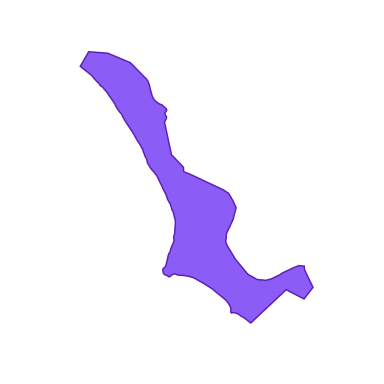 Choc, Castries, Saint Lucia (Natural Earth projection), rotated 287°
{"feature_id": "8701671B12567928056648", "entity_name": "Choc", "entity_type": "district", "adm_level": 2, "iso_a3": "LCA", "parent_name": "Saint Lucia", "parent_adm1": "Castries", "projection": "natural_earth1", "projection_center": [-60.976, 14.031], "detail": "fine", "context": "isolated", "style": "filled", "palette": "violet", "viewbox_px": 384, "rotation_deg": 287, "n_neighbors": 0, "source": "geoboundaries", "source_scale": "gbopen_adm2", "svg_char_len": 5988}
<svg xmlns="http://www.w3.org/2000/svg" viewBox="0 0 384 384"><g transform="rotate(287 192 192)"><path d="M279.5,48.4L279.4,48.6L279.2,49.2L279.0,49.5L278.8,50.1L278.6,50.5L278.5,50.8L278.3,51.3L278.0,52.2L277.9,52.5L277.6,53.5L277.4,53.8L277.2,54.2L276.9,55.0L276.5,56.0L276.4,56.3L276.3,56.7L276.0,57.4L275.8,57.7L275.7,58.1L275.5,58.4L275.3,59.0L274.9,59.9L274.8,60.3L274.6,60.8L274.3,61.2L273.9,62.0L273.8,62.3L273.6,62.7L273.1,63.4L272.8,63.9L272.0,65.1L271.6,65.8L271.4,66.1L271.0,66.8L270.5,67.6L270.1,68.3L269.9,68.6L269.7,69.1L269.5,69.5L268.9,70.6L268.6,71.2L268.4,71.5L267.9,72.5L267.1,72.8L266.1,75.9L265.9,76.3L265.7,76.6L265.3,77.1L264.9,77.6L264.7,77.9L264.6,78.2L264.2,78.8L263.9,79.4L263.6,79.9L263.3,80.2L263.1,80.6L262.8,81.0L262.0,82.1L261.8,82.4L261.5,82.7L261.2,83.0L260.2,84.1L259.8,84.7L259.5,85.0L259.3,85.3L259.1,85.7L258.7,86.2L258.2,86.8L257.8,87.3L257.6,87.6L257.2,88.1L256.6,88.8L256.4,89.1L256.2,89.4L256.0,89.7L255.6,90.1L254.9,90.9L254.4,91.5L254.2,91.9L253.5,92.6L253.1,92.9L252.4,93.5L252.1,93.8L251.5,94.4L251.2,94.7L251.0,94.9L250.7,95.1L250.5,95.4L250.3,95.7L250.1,96.1L249.7,96.7L249.2,97.1L248.9,97.4L247.8,98.7L247.2,99.7L246.3,101.2L246.0,101.7L245.7,102.0L245.2,102.5L244.2,103.4L243.9,103.6L243.6,103.9L243.4,104.1L242.5,105.0L242.3,105.3L241.2,106.4L240.9,106.7L240.6,107.0L240.3,107.4L238.4,109.7L238.1,110.0L237.7,110.5L237.3,111.0L236.9,111.5L236.5,112.0L236.2,112.4L234.9,113.9L234.7,114.2L234.3,114.6L233.4,115.8L232.5,116.9L231.8,117.7L231.4,118.1L231.1,118.3L230.8,118.7L230.5,119.0L230.3,119.3L230.1,119.6L229.6,120.3L229.0,120.7L224.9,125.0L222.2,128.4L219.7,130.9L217.9,132.7L216.1,133.7L214.6,135.2L213.5,135.8L213.3,136.0L212.5,136.6L211.9,137.2L211.6,137.6L211.2,138.0L210.7,138.4L210.4,138.7L210.2,138.9L209.1,139.6L208.7,139.9L208.1,140.2L207.4,140.5L207.1,140.7L206.3,141.4L205.4,142.4L205.1,142.7L204.6,143.3L203.9,144.1L203.5,144.5L202.8,145.3L202.4,145.9L202.2,146.2L201.8,146.6L201.6,147.0L201.3,147.4L200.9,148.0L200.6,148.7L200.2,149.3L200.0,149.6L199.9,149.9L198.8,151.4L198.6,151.8L198.4,152.1L198.0,152.6L196.7,154.1L195.8,155.1L195.5,155.3L195.2,155.6L194.8,156.0L194.4,156.3L194.2,156.5L193.8,156.9L193.1,157.5L192.4,158.1L191.1,159.3L190.6,159.8L190.2,160.2L189.8,160.6L189.3,161.1L188.6,161.7L188.1,162.2L187.9,162.3L187.1,162.8L185.7,164.2L185.2,164.7L185.0,164.9L184.3,165.5L183.6,166.1L183.4,166.4L183.1,166.8L182.9,167.0L182.1,167.7L181.6,168.2L181.2,168.5L180.4,168.9L180.1,169.2L179.8,169.5L179.4,169.8L178.8,170.1L178.5,170.3L177.8,170.8L177.6,171.0L177.1,171.5L176.4,172.3L175.8,172.9L175.5,173.1L174.7,174.1L174.2,174.6L173.8,175.0L173.5,175.2L172.5,175.8L172.0,176.3L171.3,176.7L170.9,177.0L169.8,177.5L169.5,177.7L169.2,178.0L168.9,178.3L168.6,178.6L168.3,179.0L168.1,179.2L167.6,179.7L167.1,180.0L166.8,180.2L166.5,180.4L166.0,180.7L165.4,181.1L165.0,181.3L164.7,181.5L164.1,181.8L163.1,182.3L162.7,182.6L161.9,183.1L161.6,183.3L160.8,183.9L159.7,184.4L159.4,184.5L158.2,184.9L157.7,185.1L156.9,185.3L156.6,185.4L155.6,185.6L155.4,185.7L153.6,186.0L153.0,186.2L152.5,186.2L152.2,186.3L149.8,186.9L148.4,187.2L147.2,187.5L145.8,187.7L144.9,187.6L144.3,187.5L143.4,187.6L142.8,187.9L142.4,188.0L141.9,188.4L141.6,188.6L141.3,188.8L140.3,188.9L139.3,189.1L139.1,189.1L137.7,189.0L137.0,189.0L136.5,188.9L136.0,188.8L135.3,188.7L134.3,188.6L134.0,188.5L133.3,188.5L132.2,188.4L131.1,188.4L130.7,188.4L130.2,188.5L129.6,188.5L129.2,188.5L128.4,188.5L127.3,188.2L126.7,187.9L126.1,187.9L124.7,187.8L124.1,187.8L123.5,187.9L122.6,188.0L121.3,188.1L120.8,188.1L120.2,188.2L119.6,188.2L119.1,188.2L118.4,188.3L117.9,188.3L117.0,188.3L116.6,188.4L114.5,188.4L113.2,188.4L112.2,188.1L111.6,187.6L111.0,187.1L110.1,186.8L109.7,186.7L109.4,186.8L108.8,187.0L108.1,187.2L107.5,187.5L106.7,187.9L106.5,188.1L105.7,188.7L105.0,190.0L104.9,191.2L104.8,192.4L104.7,193.3L104.4,194.0L104.1,194.6L104.3,195.2L104.7,195.6L104.9,195.8L105.8,196.4L106.3,196.7L106.6,196.9L107.1,197.1L107.8,198.0L108.3,198.6L108.6,199.4L108.7,201.0L108.6,201.5L108.5,201.8L108.4,202.4L108.4,202.9L108.6,203.5L108.7,204.0L108.8,204.6L108.9,204.9L109.1,205.4L109.2,205.9L109.3,206.5L109.4,207.0L109.5,207.6L109.8,209.0L109.8,209.4L110.0,210.1L110.1,211.1L110.2,211.9L110.3,213.0L110.4,214.3L110.5,215.4L110.5,217.5L110.4,218.0L110.3,219.0L110.2,219.9L110.1,220.5L110.0,221.0L109.8,221.5L109.7,222.2L109.5,222.9L109.4,223.3L109.3,224.0L109.1,224.8L108.8,226.3L108.5,227.9L108.2,228.7L108.0,229.5L107.8,230.4L107.6,231.4L107.3,232.7L107.1,233.2L107.0,234.0L106.8,234.3L106.6,235.1L106.3,235.9L105.9,237.1L105.7,238.3L105.3,239.6L105.0,240.5L104.6,241.4L104.3,242.1L103.8,243.1L103.5,243.7L103.3,244.3L102.8,245.4L102.6,246.1L102.1,247.3L101.9,247.8L101.5,248.8L101.2,249.4L100.9,250.2L100.7,250.9L100.5,251.5L100.2,252.0L99.8,253.0L99.1,254.5L98.7,255.3L98.2,256.3L97.8,257.0L97.4,257.6L96.4,259.0L96.1,259.4L95.8,259.8L95.6,260.1L94.8,260.9L94.2,261.5L93.6,262.1L92.9,262.7L92.5,262.9L91.7,263.2L91.2,263.5L90.7,263.6L89.9,263.9L89.3,264.0L88.7,264.2L88.1,264.6L87.8,265.1L88.1,265.5L88.4,266.0L88.6,266.5L88.9,267.5L89.0,269.6L89.0,270.5L88.7,272.1L88.4,273.1L88.1,273.9L87.8,274.8L87.5,275.7L87.5,276.1L87.3,277.2L87.2,277.5L87.0,278.3L86.8,278.9L86.6,279.4L86.3,280.3L85.9,281.2L85.6,282.1L85.1,283.2L84.7,284.4L84.2,285.8L83.9,286.5L126.1,310.6L122.5,330.4L136.2,335.6L150.5,322.4L154.0,320.9L153.8,320.5L152.9,315.8L148.4,310.3L140.9,302.0L138.7,300.3L132.2,293.4L129.0,288.2L128.5,284.8L128.2,284.7L127.4,279.7L129.7,269.4L140.3,253.3L150.4,242.0L154.1,238.8L158.2,238.2L162.3,237.1L177.5,239.3L189.9,238.8L195.9,233.4L201.4,227.5L203.3,221.0L205.1,208.1L208.3,186.0L209.0,178.1L213.2,176.6L221.6,161.5L250.0,145.7L250.3,145.3L252.0,145.5L254.1,145.9L256.1,145.9L258.2,143.7L259.0,143.2L260.0,143.1L262.5,144.0L263.9,143.3L266.5,137.9L266.8,134.4L268.5,130.0L270.0,127.8L272.3,125.8L276.3,123.2L282.4,119.6L285.3,117.3L286.5,115.7L297.6,95.3L300.1,70.9L295.9,52.2L279.5,48.4Z" fill="#8b5cf6" stroke="#5b21b6" stroke-width="1.5"/></g></svg>